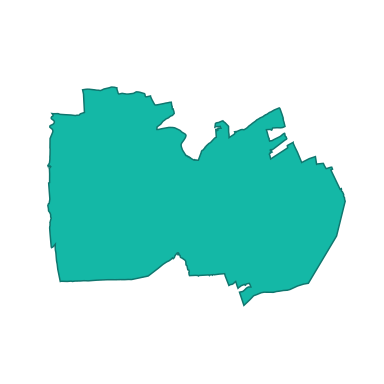 the district of Horgesti, Bacau, Romania, rotated 259°
{"feature_id": "2599482B43422893509109", "entity_name": "Horgesti", "entity_type": "district", "adm_level": 2, "iso_a3": "ROU", "parent_name": "Romania", "parent_adm1": "Bacau", "projection": "equal_earth", "projection_center": [27.07, 46.402], "detail": "fine", "context": "isolated", "style": "filled", "palette": "teal", "viewbox_px": 384, "rotation_deg": 259, "n_neighbors": 0, "source": "geoboundaries", "source_scale": "gbopen_adm2", "svg_char_len": 5990}
<svg xmlns="http://www.w3.org/2000/svg" viewBox="0 0 384 384"><g transform="rotate(259 192 192)"><path d="M153.7,340.6L155.4,340.4L157.4,340.6L158.8,340.0L160.7,340.4L163.4,339.7L164.6,338.8L165.9,339.2L166.8,339.2L166.4,337.9L187.1,332.5L187.6,334.3L189.7,333.9L189.8,332.6L189.3,328.5L189.4,328.1L192.5,327.0L195.0,326.4L195.1,326.1L195.6,320.4L195.4,319.6L203.2,319.9L202.4,313.6L200.0,305.3L210.8,303.1L216.4,301.6L219.8,300.8L221.1,300.6L221.4,300.7L220.4,297.4L219.4,294.4L217.1,294.4L209.4,275.5L212.8,275.4L214.3,275.1L214.7,275.3L215.3,276.5L215.8,276.3L216.1,276.5L216.4,277.5L215.8,277.9L215.9,278.2L216.9,277.5L217.5,277.7L217.9,277.3L218.0,276.8L218.3,276.8L218.6,277.5L218.6,277.8L218.0,278.4L219.0,280.7L225.2,293.1L225.8,294.8L226.2,295.2L228.1,294.9L229.2,294.1L231.5,294.2L231.9,294.1L232.0,293.8L231.3,292.1L230.2,290.2L229.6,288.9L227.6,281.5L227.2,280.7L227.1,280.0L227.3,279.4L227.1,277.9L229.1,277.7L229.4,277.9L229.8,277.9L231.1,277.5L237.0,277.1L238.1,276.9L239.0,276.9L238.5,280.7L238.3,281.1L237.6,281.7L237.6,282.1L237.9,282.4L239.2,283.1L239.3,283.3L239.4,283.7L238.9,287.7L238.1,291.2L238.0,293.3L238.6,295.8L243.0,295.6L245.4,295.3L246.1,295.6L246.5,295.3L247.0,295.3L247.3,295.6L250.8,295.2L256.8,294.3L257.6,294.0L257.9,293.7L256.8,288.3L255.6,284.9L255.3,283.2L254.0,280.4L253.7,278.8L252.9,276.9L252.4,276.0L251.7,272.9L251.0,271.3L250.5,269.5L249.3,267.5L248.0,264.6L246.9,262.6L245.9,260.4L244.7,258.7L243.9,257.0L243.2,254.9L243.8,253.1L243.8,251.8L242.9,247.7L243.0,245.7L242.2,246.3L241.9,245.2L240.8,244.8L238.3,238.8L241.2,239.3L243.8,239.4L249.5,240.4L253.7,237.7L255.0,236.5L256.0,235.9L255.7,235.3L255.9,234.5L255.6,233.6L255.5,232.7L255.2,231.9L255.2,229.1L254.8,228.1L251.3,226.9L251.6,228.0L251.5,229.2L251.1,230.3L251.0,232.3L250.1,232.3L249.1,232.6L249.3,231.0L249.4,229.5L247.9,229.2L248.2,228.2L247.5,228.1L247.6,227.5L248.9,227.7L248.9,227.3L241.1,226.3L240.8,225.1L240.5,224.4L237.0,219.6L236.3,217.6L235.8,216.9L234.6,214.9L233.9,214.2L233.6,214.0L233.5,213.4L233.3,213.2L232.7,213.0L232.3,212.2L231.4,211.4L231.2,211.1L231.0,210.2L230.8,209.8L230.2,209.1L228.9,208.5L222.0,204.3L222.1,203.5L222.5,202.7L222.5,202.4L222.4,202.2L222.5,201.9L222.8,201.7L222.7,201.2L222.8,200.9L223.2,200.6L222.9,200.2L223.1,199.8L225.6,196.9L225.9,197.0L226.1,196.8L226.1,196.5L226.5,195.9L226.9,195.9L227.4,195.5L227.3,194.8L228.3,194.3L228.4,193.8L228.9,193.3L228.9,193.0L229.3,192.7L229.9,192.8L230.5,192.4L234.9,190.7L238.3,190.2L239.6,190.2L240.8,190.4L242.1,191.3L244.3,193.7L246.3,195.6L247.3,196.3L248.4,196.8L248.9,196.9L249.8,196.6L250.5,196.0L252.7,193.5L254.5,192.2L255.1,191.6L258.0,187.7L258.4,187.0L258.7,186.2L259.1,185.0L259.8,181.7L259.9,174.6L259.8,170.8L260.1,169.4L262.5,170.1L262.7,170.6L263.0,171.0L264.5,174.2L266.8,176.8L267.3,177.7L267.6,178.5L268.7,180.5L269.3,183.1L270.3,184.8L270.7,186.1L270.9,187.4L272.5,189.5L274.1,189.6L277.2,189.3L277.2,188.6L277.9,188.7L279.1,188.6L279.4,188.8L280.0,188.9L280.4,188.6L284.1,188.8L284.3,187.0L284.2,185.5L284.3,183.2L284.2,181.1L284.2,174.8L284.3,173.0L284.5,172.5L284.7,172.2L286.1,171.6L290.3,170.3L293.1,169.6L294.2,169.6L294.1,165.7L294.2,165.0L294.5,164.6L295.1,164.4L296.8,164.4L297.6,164.2L299.7,160.2L300.3,158.8L300.9,156.7L300.9,156.2L300.0,153.4L300.1,151.6L300.3,148.3L300.6,146.5L302.2,142.2L302.1,139.1L302.3,138.7L302.9,138.4L306.6,138.0L307.4,137.9L308.5,138.2L309.6,135.9L310.2,133.8L310.4,132.8L310.1,130.6L309.9,125.2L309.2,122.5L309.1,121.9L309.1,121.3L309.8,119.4L310.1,118.0L310.9,115.8L312.5,110.7L312.9,108.9L313.1,106.9L313.2,104.1L308.9,104.2L290.6,101.6L290.1,97.7L290.0,97.2L289.1,96.1L289.0,95.6L289.4,93.0L289.2,92.4L290.7,87.8L292.0,82.6L293.4,77.3L294.5,75.5L295.3,70.8L295.7,69.6L294.1,70.3L293.7,70.3L293.3,70.0L292.9,69.5L292.7,68.8L292.4,68.4L291.6,67.9L291.2,67.9L290.7,68.0L288.5,69.9L287.8,70.2L287.2,70.3L286.6,70.1L285.9,69.7L285.2,68.9L284.7,67.4L284.2,65.4L283.3,64.9L283.0,64.8L282.6,64.9L280.1,66.9L278.8,67.1L278.0,67.0L277.2,66.6L271.6,62.9L262.5,61.0L261.1,60.9L255.9,59.8L253.6,59.2L251.4,58.8L247.9,57.7L247.4,57.4L246.9,56.9L246.6,56.9L245.9,56.4L245.7,55.6L244.4,55.7L244.6,57.7L243.8,58.2L242.8,57.1L242.8,56.4L241.4,56.4L236.9,55.7L228.4,54.0L228.2,53.0L212.1,51.1L208.0,49.6L207.9,48.9L206.2,47.9L203.2,47.9L200.8,47.6L199.6,48.2L197.7,48.8L196.7,48.9L194.4,48.5L193.3,48.8L189.0,46.7L188.8,46.8L185.9,46.2L185.5,45.9L183.9,45.4L177.9,44.7L165.6,43.4L164.6,43.4L164.2,43.5L164.5,44.8L166.9,47.9L164.1,47.2L161.2,46.8L158.4,46.8L150.3,45.9L146.9,45.9L141.9,45.5L129.3,45.6L129.3,46.8L128.0,52.5L127.6,56.1L127.5,56.6L127.0,57.5L126.9,60.0L126.0,65.3L125.6,68.8L125.1,71.1L124.6,73.1L123.6,81.8L122.0,92.5L120.5,100.1L119.7,104.8L118.8,109.2L118.3,112.9L117.6,116.0L117.9,133.0L123.5,144.2L126.6,149.9L128.2,153.8L128.8,156.2L129.5,157.8L130.4,159.5L131.0,160.2L130.2,160.8L130.4,161.0L130.9,162.1L132.7,163.1L134.8,165.6L135.0,166.1L134.9,166.9L134.0,167.3L133.3,166.2L133.0,166.3L133.1,166.8L132.6,167.7L131.8,168.2L130.5,168.1L129.8,168.5L128.4,170.4L128.0,170.5L127.2,171.4L126.1,172.3L125.0,172.6L123.7,172.5L121.6,172.2L120.4,173.0L116.5,173.0L115.9,174.0L114.1,174.1L113.7,173.6L111.6,173.4L110.4,173.6L109.5,179.7L108.9,182.0L108.5,182.1L108.3,182.3L108.7,183.3L107.5,192.0L107.4,192.6L106.8,193.0L107.1,193.2L107.1,194.4L107.0,195.7L106.5,196.2L106.9,196.5L106.8,197.5L106.5,198.0L106.2,203.2L105.6,208.4L103.1,208.6L93.2,210.4L93.7,211.8L93.8,212.4L93.7,213.6L94.3,215.5L95.0,216.3L95.8,217.8L90.9,218.4L88.7,218.8L89.4,219.8L90.0,221.3L90.7,222.6L90.8,223.2L90.8,223.6L91.3,225.6L91.2,225.9L90.3,226.4L90.3,226.7L90.5,227.0L91.0,227.2L91.3,227.8L91.4,228.4L91.4,230.8L90.3,231.2L87.5,231.7L87.6,230.9L88.0,229.5L87.8,228.5L87.2,227.0L85.5,224.5L84.7,222.8L84.6,219.5L70.8,221.3L75.1,228.1L78.4,232.7L79.0,236.3L79.9,240.7L79.9,243.6L78.0,252.8L78.2,256.1L78.0,258.6L77.9,262.9L77.4,266.9L77.6,269.6L79.6,277.7L80.3,284.0L80.2,288.8L121.2,325.5L153.7,340.6Z" fill="#14b8a6" stroke="#0f766e" stroke-width="1.5"/></g></svg>